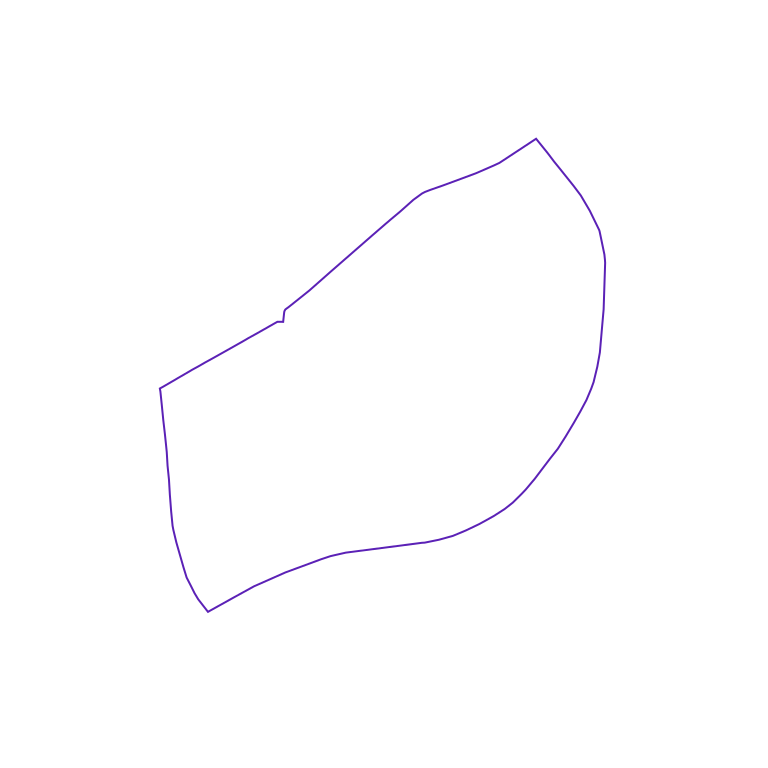 outline of Phra Nakhon, Bangkok Metropolis, Thailand, rotated 216°
{"feature_id": "78962969B48360013024769", "entity_name": "Phra Nakhon", "entity_type": "district", "adm_level": 2, "iso_a3": "THA", "parent_name": "Thailand", "parent_adm1": "Bangkok Metropolis", "projection": "albers", "projection_center": [100.499, 13.756], "detail": "fine", "context": "isolated", "style": "outline", "palette": "violet", "viewbox_px": 768, "rotation_deg": 216, "n_neighbors": 0, "source": "geoboundaries", "source_scale": "gbopen_adm2", "svg_char_len": 1628}
<svg xmlns="http://www.w3.org/2000/svg" viewBox="0 0 768 768"><g transform="rotate(216 384 384)"><path d="M260.0,277.8L257.8,279.6L248.0,290.3L239.0,301.6L231.7,313.6L231.6,313.8L224.6,326.7L217.6,341.7L212.9,353.8L210.1,363.7L209.0,370.3L208.0,376.5L207.3,381.9L206.7,390.4L206.3,396.0L206.1,407.2L205.8,421.3L205.3,433.8L206.2,448.5L207.6,464.2L209.0,477.0L210.8,490.0L213.6,502.0L215.6,508.9L216.0,509.8L221.6,523.4L227.9,536.4L241.5,559.0L250.2,573.5L270.4,603.3L275.9,611.4L276.3,612.0L278.3,614.4L281.8,618.3L284.1,620.4L295.2,630.5L299.4,634.3L300.5,635.1L319.3,645.1L335.6,652.2L347.0,655.7L369.6,661.9L377.1,663.9L387.3,667.0L401.4,670.8L405.1,671.8L420.6,630.7L423.6,625.3L433.5,608.5L453.1,579.1L460.6,568.3L463.7,563.5L465.2,560.5L466.1,557.7L468.5,550.3L472.3,532.9L475.4,520.6L475.9,518.3L476.9,514.3L480.9,497.1L493.1,443.8L499.4,415.6L506.5,389.8L507.1,388.0L507.6,386.3L507.5,385.3L507.3,384.2L506.7,383.0L502.1,375.0L504.3,373.5L505.8,372.4L506.8,371.7L509.1,366.7L509.2,366.4L510.5,363.6L511.7,360.9L512.3,359.5L513.5,357.0L516.2,351.0L520.7,341.4L521.8,338.8L523.1,335.9L534.4,311.2L538.0,303.4L541.4,296.2L544.6,289.0L547.6,282.7L548.4,280.8L554.2,267.7L555.6,264.4L557.3,260.6L561.0,252.2L562.7,248.6L560.4,246.4L551.7,236.7L541.2,224.9L532.0,214.9L525.7,207.9L519.8,201.3L511.1,190.7L501.8,180.3L492.2,168.6L481.2,155.7L471.7,145.0L468.6,142.1L458.9,133.8L447.9,125.2L438.3,117.7L429.9,111.4L421.6,107.2L414.3,103.4L407.7,100.6L400.1,98.4L392.5,96.2L380.2,122.7L370.2,144.0L353.0,173.6L331.9,205.2L326.1,213.3L323.5,216.3L315.8,225.1L260.0,277.8Z" fill="none" stroke="#5b21b6" stroke-width="2"/></g></svg>